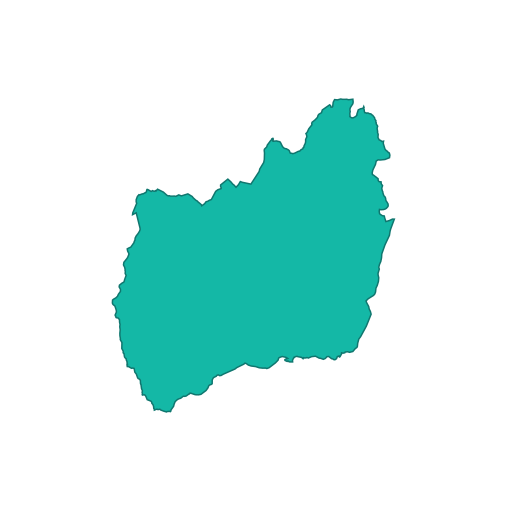 outline of Certeju De Sus, Hunedoara, Romania, rotated 119°
{"feature_id": "2599482B85822746413379", "entity_name": "Certeju De Sus", "entity_type": "district", "adm_level": 2, "iso_a3": "ROU", "parent_name": "Romania", "parent_adm1": "Hunedoara", "projection": "robinson", "projection_center": [22.992, 45.969], "detail": "fine", "context": "isolated", "style": "filled", "palette": "teal", "viewbox_px": 512, "rotation_deg": 119, "n_neighbors": 0, "source": "geoboundaries", "source_scale": "gbopen_adm2", "svg_char_len": 6092}
<svg xmlns="http://www.w3.org/2000/svg" viewBox="0 0 512 512"><g transform="rotate(119 256 256)"><path d="M440.1,270.2L438.3,268.8L437.8,267.8L437.9,267.3L436.6,265.8L436.9,264.7L436.4,261.3L435.9,259.1L435.8,258.7L435.4,258.6L434.1,256.8L433.8,256.3L433.7,255.5L433.1,255.3L431.7,255.7L427.4,255.2L425.3,255.8L422.5,256.1L419.8,255.2L418.5,254.4L416.9,252.9L413.9,251.6L413.3,250.3L412.3,249.2L409.1,247.7L408.9,247.3L407.9,247.2L407.6,246.4L406.8,242.0L406.3,240.9L405.3,239.0L403.7,237.1L397.9,234.5L394.8,234.1L392.3,234.4L391.4,234.1L390.1,232.9L389.0,232.4L385.6,234.2L383.8,234.3L382.6,234.0L380.5,232.5L379.5,232.4L378.8,231.9L378.2,231.2L378.3,229.8L377.4,228.6L375.2,227.3L364.9,219.5L362.9,218.7L356.5,214.2L355.0,213.7L354.8,212.3L355.1,209.9L354.6,207.0L352.9,202.7L352.2,199.0L350.9,195.9L349.3,193.1L349.2,192.0L347.4,190.4L340.1,187.2L336.4,186.2L334.2,186.7L332.8,185.8L331.2,184.3L330.1,180.7L330.2,178.6L332.0,180.2L332.7,180.5L333.3,180.0L333.1,177.6L332.3,177.2L332.5,176.3L332.3,175.2L330.9,172.6L329.3,173.6L326.7,173.6L326.2,173.3L326.0,173.5L324.6,172.4L323.8,171.4L323.8,170.7L323.1,168.6L322.6,167.1L323.0,165.1L322.0,165.2L322.0,164.5L321.4,164.0L321.0,162.9L320.4,162.6L320.0,162.0L319.9,160.8L317.1,158.6L314.8,155.4L314.7,151.2L314.2,150.1L313.7,147.0L312.0,145.7L309.6,145.1L308.6,143.6L309.2,140.1L308.8,139.1L308.9,137.6L308.4,136.6L306.8,135.8L304.5,136.1L303.2,134.9L303.9,134.1L303.4,133.7L300.2,133.7L299.2,134.2L298.8,132.8L297.6,131.4L296.9,131.5L296.6,131.2L295.3,129.4L294.9,127.5L292.6,125.0L289.0,124.3L287.0,123.4L285.9,123.5L282.9,124.8L278.8,125.8L275.8,125.4L263.9,125.5L251.1,127.1L249.0,129.1L247.5,131.3L245.5,133.0L243.4,136.3L242.0,138.0L238.9,137.1L233.5,134.1L231.7,133.7L229.5,134.0L226.0,135.5L222.9,135.7L218.9,136.6L215.5,138.1L213.3,140.1L211.9,140.9L207.7,141.8L206.3,143.2L203.5,143.9L200.3,144.2L196.8,145.3L193.2,147.0L183.7,148.6L173.3,149.3L169.5,150.7L167.1,151.3L156.7,152.9L157.6,154.6L160.4,156.6L162.9,159.1L160.2,162.0L158.8,163.2L159.5,165.1L159.3,167.6L159.0,168.5L157.2,169.9L155.4,170.6L155.0,169.2L153.5,166.9L152.2,165.7L151.1,165.1L148.9,164.6L148.1,164.7L146.5,165.7L145.3,167.7L144.5,169.3L142.6,170.7L141.7,171.9L141.3,173.4L139.4,175.5L138.4,176.2L137.5,177.4L135.7,178.9L133.1,179.4L132.2,181.4L130.5,182.6L131.3,184.2L130.8,185.7L129.2,186.7L128.3,192.5L128.3,193.7L126.9,194.7L124.1,195.5L118.0,195.9L114.6,196.9L112.6,195.7L112.0,194.2L109.1,190.0L105.3,186.9L102.9,187.8L101.5,189.1L101.2,189.6L101.3,190.5L100.7,191.9L100.7,193.1L99.9,195.1L95.9,199.2L95.2,199.6L93.7,200.1L94.9,201.6L94.5,202.7L94.7,204.6L93.2,206.8L90.4,208.1L88.7,209.9L88.1,210.0L85.9,211.8L84.6,212.3L83.5,212.5L82.1,215.0L81.2,215.4L80.7,216.2L79.4,216.8L78.8,218.3L77.6,219.3L76.4,222.1L76.3,223.3L76.0,224.3L76.6,226.2L76.6,227.5L77.5,228.4L77.4,229.0L77.9,230.4L76.7,231.6L75.7,232.2L75.0,233.2L73.8,233.4L73.1,234.2L74.5,234.0L75.2,234.3L76.5,235.9L78.6,237.4L83.2,236.5L83.7,236.0L85.7,236.5L87.8,237.8L88.5,238.7L88.8,239.5L88.6,241.5L87.9,241.7L86.0,243.0L83.9,243.7L82.9,244.6L81.6,245.2L79.9,245.4L75.9,245.1L74.2,245.7L71.9,247.3L74.4,250.7L74.9,252.5L77.0,256.2L77.6,258.0L80.0,260.5L81.1,263.1L84.1,263.0L88.1,261.4L88.6,261.4L89.5,262.5L88.3,263.7L88.1,264.9L96.1,268.8L98.9,268.2L101.7,269.8L103.0,269.9L104.6,269.5L105.6,269.6L108.5,270.4L111.9,271.8L113.3,271.4L114.1,270.7L119.2,271.5L123.2,271.2L124.7,271.7L125.6,270.5L127.1,269.3L130.0,269.1L132.2,267.9L133.7,267.5L136.2,267.4L137.7,266.9L138.3,267.3L139.5,267.0L141.1,268.1L143.2,268.7L143.9,269.7L147.0,271.8L148.0,272.7L148.7,273.5L148.8,274.5L149.4,275.7L149.3,276.1L147.8,277.9L147.5,279.0L147.5,281.4L148.0,282.9L148.0,284.0L147.5,285.8L144.6,290.0L144.7,291.5L145.3,292.7L145.2,293.4L146.2,295.1L147.1,296.2L146.9,296.6L147.3,296.9L147.1,297.2L145.3,297.6L144.9,298.3L146.0,299.0L146.9,298.7L147.7,299.1L153.5,299.9L155.4,299.5L158.5,300.4L159.7,300.0L161.8,298.5L167.6,295.5L170.5,294.6L178.1,294.9L180.5,294.2L195.6,295.3L198.2,303.8L198.5,305.8L202.1,305.9L205.6,306.8L204.6,309.6L204.4,311.2L203.3,314.0L202.4,317.9L211.0,321.4L212.2,320.8L213.3,319.5L214.0,319.2L216.5,321.5L219.0,322.6L227.9,322.4L228.7,322.7L229.8,323.8L231.2,324.5L232.8,326.0L235.2,326.3L238.4,327.8L237.6,328.8L237.4,329.7L236.7,333.3L236.4,333.9L236.4,335.6L235.6,339.0L234.9,340.7L234.7,345.7L239.6,350.4L240.0,353.2L242.7,355.0L243.0,356.1L245.1,359.8L245.3,361.0L245.9,361.8L246.1,363.2L245.0,368.0L245.3,374.5L247.7,375.0L247.5,375.5L248.7,376.3L248.9,376.9L249.0,378.2L250.4,379.0L250.3,382.5L250.5,383.5L251.2,383.6L252.6,383.1L254.1,383.2L254.6,383.8L256.2,384.7L256.9,385.7L259.0,387.4L259.1,388.1L261.4,388.6L264.8,388.1L266.8,387.0L267.7,385.9L278.0,384.7L279.7,384.0L276.3,381.7L287.9,370.9L289.0,370.2L290.6,369.9L293.5,370.0L296.3,370.5L298.9,370.4L301.0,369.5L302.2,369.6L303.3,369.2L306.2,369.5L308.9,369.8L310.6,371.1L312.2,372.1L313.9,370.7L315.5,368.4L316.2,368.0L319.1,367.6L320.5,367.6L325.5,368.5L327.8,367.7L328.3,367.3L329.4,365.6L331.1,364.0L331.9,363.7L332.7,362.9L334.8,361.9L335.9,360.2L340.7,359.4L342.4,358.9L343.3,359.2L344.9,360.2L347.7,361.3L349.4,360.7L350.8,358.4L352.7,357.4L356.3,357.8L358.4,357.6L360.6,358.3L362.9,359.7L364.1,360.1L366.8,358.8L367.7,357.6L368.2,355.1L371.0,352.1L372.7,350.9L375.9,350.6L376.5,350.1L376.6,349.5L377.6,348.7L377.7,348.3L377.1,346.7L377.8,344.6L380.1,343.2L381.7,341.8L384.0,340.8L386.4,339.0L389.6,337.6L391.8,336.3L393.8,334.7L395.0,334.1L396.7,331.3L402.0,328.5L403.6,326.0L405.0,325.3L405.2,325.0L405.3,324.2L408.0,322.1L408.6,320.9L408.8,319.7L409.7,319.2L411.2,317.2L412.1,317.0L412.6,316.3L413.4,316.2L413.5,315.8L413.8,316.0L415.1,315.0L414.5,313.6L414.6,310.5L413.8,309.5L413.4,308.1L416.3,305.7L417.3,303.4L419.9,300.5L420.3,299.6L420.2,298.1L420.9,296.8L423.5,295.2L424.0,294.7L424.0,294.4L427.5,291.8L428.9,290.0L430.5,289.5L431.8,288.3L432.5,288.3L432.6,288.1L432.1,288.0L432.3,287.5L431.4,286.1L432.0,284.5L434.4,281.5L433.9,277.7L434.2,276.7L434.9,275.9L435.4,275.6L435.9,274.1L437.4,272.5L438.8,271.6L439.0,271.0L440.1,270.2Z" fill="#14b8a6" stroke="#0f766e" stroke-width="1.5"/></g></svg>